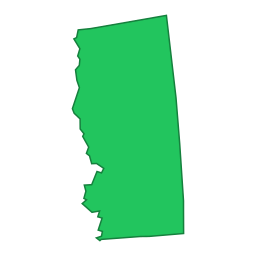 Grimes, Texas, United States of America (Natural Earth projection)
{"feature_id": "52423323B77575058684255", "entity_name": "Grimes", "entity_type": "district", "adm_level": 2, "iso_a3": "USA", "parent_name": "United States of America", "parent_adm1": "Texas", "projection": "natural_earth1", "projection_center": [-96.09, 30.545], "detail": "fine", "context": "isolated", "style": "filled", "palette": "green", "viewbox_px": 256, "rotation_deg": 0, "n_neighbors": 0, "source": "geoboundaries", "source_scale": "gbopen_adm2", "svg_char_len": 682}
<svg xmlns="http://www.w3.org/2000/svg" viewBox="0 0 256 256"><path d="M78.2,29.9L76.6,37.6L73.9,38.9L79.9,48.7L77.7,56.0L79.9,59.2L79.3,65.4L75.5,69.8L76.9,80.3L79.4,87.7L72.4,108.7L74.2,113.3L80.1,118.9L80.2,129.0L84.0,133.8L82.7,136.4L88.7,147.1L86.4,153.4L89.5,155.8L91.7,163.7L96.6,163.5L103.8,168.4L101.5,172.9L97.0,171.5L91.7,184.7L84.3,185.1L85.9,191.2L83.9,198.4L86.5,199.8L82.2,203.6L92.0,212.3L99.6,211.0L97.8,216.8L102.1,218.1L98.2,230.1L102.4,231.4L101.5,236.2L96.4,237.9L99.9,240.6L101.2,239.4L140.3,236.5L149.1,236.4L183.6,233.5L183.5,209.2L183.5,200.9L179.7,143.7L176.0,97.8L166.4,15.4L90.7,28.6L78.2,29.9Z" fill="#22c55e" stroke="#15803d" stroke-width="1.5"/></svg>